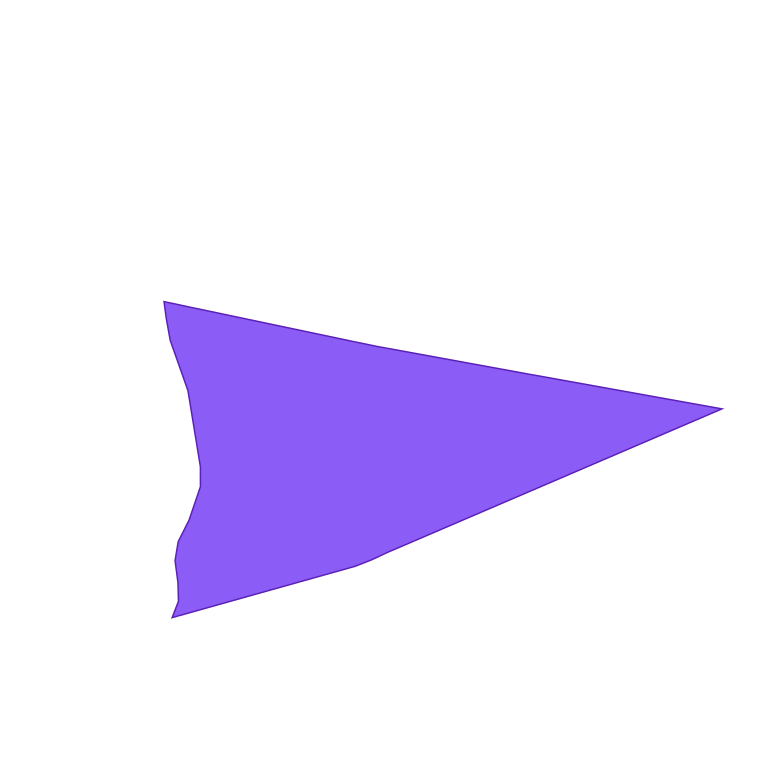 Amparo do São Francisco, Sergipe, Brazil (Mercator projection), rotated 244°
{"feature_id": "56859067B64009913440528", "entity_name": "Amparo do São Francisco", "entity_type": "district", "adm_level": 2, "iso_a3": "BRA", "parent_name": "Brazil", "parent_adm1": "Sergipe", "projection": "mercator", "projection_center": [-36.916, -10.174], "detail": "fine", "context": "isolated", "style": "filled", "palette": "violet", "viewbox_px": 768, "rotation_deg": 244, "n_neighbors": 0, "source": "geoboundaries", "source_scale": "gbopen_adm2", "svg_char_len": 422}
<svg xmlns="http://www.w3.org/2000/svg" viewBox="0 0 768 768"><g transform="rotate(244 384 384)"><path d="M316.9,118.8L295.7,111.7L278.8,104.0L266.9,91.2L232.8,278.3L231.4,295.8L231.1,313.6L213.5,676.8L332.5,514.2L420.9,394.1L436.8,373.5L538.9,242.3L554.5,222.4L538.2,217.0L517.0,211.0L464.0,204.9L390.1,182.7L372.2,174.0L347.1,149.1L332.5,129.9L316.9,118.8Z" fill="#8b5cf6" stroke="#5b21b6" stroke-width="1.5"/></g></svg>